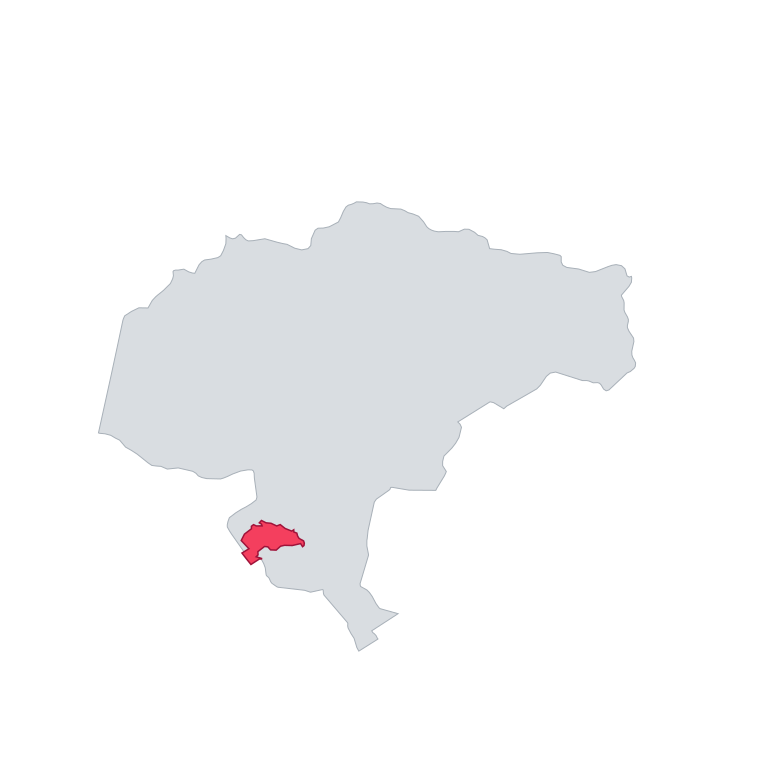 Longochuk, Upper Nile, South Sudan shown in context, rotated 147°
{"feature_id": "79223893B31888405901503", "entity_name": "Longochuk", "entity_type": "district", "adm_level": 2, "iso_a3": "SSD", "parent_name": "South Sudan", "parent_adm1": "Upper Nile", "projection": "albers", "projection_center": [33.507, 9.303], "detail": "fine", "context": "in_parent", "style": "filled", "palette": "rose", "viewbox_px": 768, "rotation_deg": 147, "n_neighbors": 0, "source": "geoboundaries", "source_scale": "gbopen_adm2", "svg_char_len": 4385}
<svg xmlns="http://www.w3.org/2000/svg" viewBox="0 0 768 768"><g transform="rotate(147 384 384)"><path d="M587.9,560.0L568.2,579.7L566.8,580.8L564.3,582.4L556.3,582.4L548.1,581.4L540.5,576.3L532.8,580.3L527.9,581.5L525.0,581.9L518.1,582.6L508.4,584.6L504.0,587.3L501.7,589.4L499.7,593.2L498.7,593.6L496.9,593.1L494.5,591.6L489.3,589.3L486.7,584.4L484.3,581.5L482.4,579.9L474.2,584.7L470.2,585.8L466.9,585.7L461.0,582.9L454.5,580.5L451.1,580.5L446.0,583.4L440.2,587.8L437.2,592.1L435.8,594.6L433.8,590.6L431.9,588.2L429.1,587.2L423.6,588.1L422.3,586.7L422.0,583.3L421.3,580.2L419.9,577.9L415.7,575.5L404.8,570.7L396.5,561.2L392.3,556.8L389.2,553.9L384.9,546.5L380.0,541.3L374.0,538.9L370.0,540.0L365.8,545.4L358.0,550.5L354.5,550.6L349.9,547.8L344.3,545.7L334.0,544.7L329.7,547.1L324.1,550.9L319.4,553.2L316.5,553.4L313.8,552.5L310.7,551.9L308.0,551.8L302.6,548.1L299.8,545.4L297.9,542.9L294.9,541.1L291.3,539.6L288.7,537.3L287.5,534.5L285.5,530.8L282.9,527.5L274.6,521.5L272.2,518.0L270.5,514.6L267.1,510.8L263.6,505.8L262.5,498.5L262.5,492.6L261.8,489.9L260.3,487.1L258.5,484.8L255.6,482.1L248.9,478.2L242.0,473.7L238.6,471.1L232.3,470.1L228.5,467.5L225.4,461.9L224.2,457.5L221.0,454.0L219.7,451.5L219.0,448.7L221.7,440.0L218.0,436.9L212.6,432.8L208.7,428.3L206.4,424.3L199.4,418.8L184.1,410.6L175.3,405.3L170.5,400.6L166.4,396.1L166.0,394.3L168.9,389.9L169.4,386.2L167.2,382.2L158.1,374.4L151.0,365.8L145.4,363.1L132.1,360.4L128.2,359.4L124.3,357.7L120.4,353.9L119.2,349.4L121.3,342.3L120.1,340.1L117.9,339.5L118.5,338.0L121.1,334.6L125.3,332.5L136.5,329.2L137.1,327.9L137.5,323.5L138.4,321.3L142.4,315.3L143.0,312.8L143.3,307.6L143.9,305.1L145.0,303.4L148.1,300.4L149.2,298.6L149.8,294.6L149.7,286.6L151.3,283.5L158.4,276.5L160.3,273.3L161.0,270.4L161.1,267.5L161.5,264.6L163.7,261.9L165.5,261.0L170.6,260.3L174.1,260.9L198.6,256.5L201.4,257.3L202.6,260.2L202.4,264.9L202.8,267.2L204.1,268.8L207.9,271.1L210.5,274.9L211.9,276.3L215.8,278.9L233.5,300.5L238.6,302.6L243.6,302.0L253.6,297.8L258.6,296.7L293.1,298.6L297.0,298.0L302.3,308.8L304.8,311.3L342.8,312.0L342.1,308.9L342.6,305.5L349.4,299.1L350.3,298.3L356.2,295.3L362.0,293.3L373.0,290.9L377.0,287.1L379.3,283.6L379.4,276.7L380.9,275.6L383.5,274.0L396.3,267.9L398.5,266.6L420.8,281.3L433.3,292.8L434.1,293.3L434.7,293.6L435.4,293.2L436.0,292.6L437.5,292.2L442.9,292.0L453.1,291.6L456.5,290.2L477.1,269.9L482.3,263.5L483.6,262.1L486.6,257.5L489.8,249.6L490.4,248.7L512.8,229.6L513.6,228.1L513.9,226.9L510.5,220.5L509.8,217.2L509.6,212.2L510.3,204.4L510.1,199.4L509.8,198.1L509.7,197.8L497.3,183.7L528.7,183.7L528.8,181.9L528.7,181.4L528.1,179.7L527.7,177.4L527.8,176.2L528.0,175.0L528.0,174.4L527.9,173.8L527.9,173.6L528.0,173.4L550.6,173.7L550.3,177.7L547.6,187.0L547.6,192.6L547.0,199.0L546.2,200.9L545.0,202.5L544.6,203.2L544.6,203.9L549.3,239.7L548.9,241.2L547.7,243.5L547.3,244.2L547.3,244.8L547.8,245.2L558.2,249.1L558.7,249.3L559.2,249.6L562.9,254.2L583.5,271.2L584.2,272.1L586.4,277.4L586.6,278.2L586.7,279.5L586.6,280.5L586.1,283.7L586.3,285.1L586.6,286.1L586.9,287.2L586.9,287.5L586.7,288.3L583.7,294.5L582.7,298.9L582.4,302.6L582.6,304.7L582.9,306.1L583.2,306.6L583.5,306.8L592.4,306.9L592.4,308.8L593.6,341.2L593.6,344.8L593.3,349.4L592.2,351.2L589.7,353.7L586.5,356.1L578.5,356.7L571.8,356.6L567.0,356.1L560.5,355.9L554.4,356.4L552.1,358.4L544.0,375.6L541.5,379.9L540.9,382.4L541.6,383.9L544.8,386.1L551.7,389.1L559.7,390.9L565.6,391.7L569.7,392.5L572.8,393.4L584.2,401.2L587.8,404.9L589.8,408.1L590.3,411.5L591.9,414.9L602.3,425.7L612.1,430.7L615.9,436.4L619.6,439.2L623.1,442.2L624.9,446.6L629.2,459.6L632.2,466.3L635.1,471.8L636.3,480.9L638.7,484.9L641.1,489.8L645.1,494.2L649.4,497.6L650.1,498.5L607.4,540.6L587.9,560.0Z" fill="#d9dde1" stroke="#a8b0b8" stroke-width="1"/><path d="M595.2,319.6L594.7,313.2L593.9,305.1L589.5,305.1L586.8,305.1L584.8,305.1L583.9,305.1L582.0,304.0L581.7,304.4L585.3,308.7L582.7,309.3L581.1,312.1L572.7,312.8L570.1,310.7L569.5,306.7L564.9,303.4L559.1,304.3L555.3,302.9L548.9,298.5L540.9,295.6L540.9,291.9L539.1,292.1L537.5,293.9L536.9,296.2L539.3,300.7L539.3,303.4L538.3,306.4L540.2,309.0L539.1,310.9L541.5,310.9L545.6,316.7L547.6,322.6L551.3,323.4L554.6,328.7L558.5,331.8L561.1,336.3L564.2,335.5L563.1,333.3L563.5,331.4L568.4,334.5L570.0,337.1L572.7,336.9L574.0,334.8L582.8,334.1L589.0,330.5L587.0,319.4L595.2,319.6Z" fill="#f43f5e" stroke="#9f1239" stroke-width="1.5"/></g></svg>